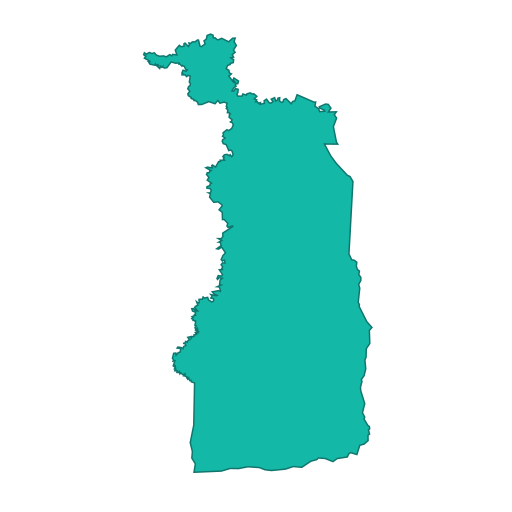 outline of Santuk, Kâmpóng Thum, Cambodia, rotated 93°
{"feature_id": "14789045B50738302536957", "entity_name": "Santuk", "entity_type": "district", "adm_level": 2, "iso_a3": "KHM", "parent_name": "Cambodia", "parent_adm1": "Kâmpóng Thum", "projection": "natural_earth1", "projection_center": [105.23, 12.591], "detail": "fine", "context": "isolated", "style": "filled", "palette": "teal", "viewbox_px": 512, "rotation_deg": 93, "n_neighbors": 0, "source": "geoboundaries", "source_scale": "gbopen_adm2", "svg_char_len": 6009}
<svg xmlns="http://www.w3.org/2000/svg" viewBox="0 0 512 512"><g transform="rotate(93 256 256)"><path d="M475.2,306.6L472.6,279.4L469.5,270.6L469.2,262.4L466.9,253.0L467.1,241.5L469.0,235.8L469.4,229.3L467.3,215.5L464.3,207.8L464.6,199.2L458.0,190.4L456.2,184.8L454.4,183.0L454.6,176.3L457.3,168.4L454.0,164.3L451.9,154.2L448.9,153.2L447.4,151.2L449.0,144.9L439.5,142.4L438.2,138.2L434.5,134.4L429.1,134.8L428.0,133.3L423.6,134.6L422.6,133.4L420.3,133.9L419.3,135.5L413.1,139.6L411.2,139.0L407.0,141.5L397.7,139.7L384.9,144.4L381.4,144.8L375.7,143.6L373.9,144.4L369.9,141.8L362.9,140.5L354.2,141.8L351.2,140.8L342.8,141.0L337.4,137.8L324.3,138.9L321.3,136.5L315.8,141.9L300.9,150.4L299.0,150.2L297.0,151.5L282.6,150.7L279.1,152.0L274.8,150.0L271.9,150.2L269.1,152.4L265.6,151.9L264.1,154.0L260.9,155.3L257.0,155.0L255.1,157.6L254.8,160.2L249.1,163.3L176.5,163.1L171.7,166.3L170.7,168.9L159.3,180.7L152.0,186.7L140.6,193.5L140.0,180.2L138.1,181.6L122.7,185.5L114.1,182.7L110.9,185.2L107.8,183.3L108.4,191.3L104.5,188.9L100.8,191.8L100.6,194.5L103.7,200.6L105.0,199.9L106.8,195.3L107.9,194.9L108.5,200.0L105.6,201.2L103.4,205.0L99.1,204.5L99.4,205.9L92.8,223.4L99.1,225.3L99.7,227.4L102.1,228.8L97.2,234.3L98.4,236.6L100.4,236.9L101.3,238.2L100.2,240.6L96.7,240.6L97.2,242.3L99.0,242.7L100.3,244.5L96.9,245.7L98.6,249.0L101.0,247.1L102.3,248.6L102.5,250.6L98.8,253.7L100.5,256.0L103.2,255.7L104.3,260.0L102.6,259.6L103.3,261.7L101.9,262.7L102.0,264.4L100.1,263.4L99.2,266.0L96.5,263.5L94.1,266.7L94.5,268.0L93.4,270.2L94.5,273.5L95.8,274.0L94.9,277.6L97.1,278.3L97.3,282.6L95.3,283.6L93.7,282.6L90.4,282.6L90.0,285.3L92.5,286.8L92.4,288.7L89.2,287.0L87.5,284.7L86.2,285.7L85.0,284.8L84.9,283.2L82.2,282.6L79.4,287.4L81.3,288.1L84.1,285.6L83.8,287.4L77.8,292.5L75.4,290.1L74.5,292.2L71.9,292.8L70.6,295.5L67.2,294.4L66.1,291.8L65.0,291.7L64.1,288.8L61.0,288.6L59.5,291.6L58.6,288.8L56.2,290.3L53.7,287.5L51.5,289.3L46.8,286.6L43.1,289.1L39.5,288.2L39.7,290.7L43.5,294.5L40.4,301.7L42.1,305.1L41.8,306.5L40.3,308.0L40.4,310.0L37.7,310.5L36.8,313.0L38.3,316.4L41.9,316.9L43.9,319.2L46.8,317.9L49.8,321.5L49.4,322.9L43.4,324.7L43.3,325.7L45.4,328.2L45.5,330.8L47.2,332.4L46.7,334.1L48.9,333.6L50.3,334.5L47.1,338.0L47.7,339.0L50.3,338.9L50.9,341.8L49.6,343.6L54.6,347.4L59.4,345.5L59.0,349.7L60.5,350.4L59.4,352.7L61.8,355.9L61.0,358.9L61.6,362.7L60.6,365.9L58.4,368.2L59.3,370.7L58.3,372.9L60.1,376.2L58.9,378.1L60.9,378.7L62.2,376.4L64.3,377.8L66.6,372.9L67.3,373.7L67.8,372.2L68.5,373.0L70.0,371.9L70.8,366.6L69.6,366.4L70.5,365.6L70.2,364.3L70.9,364.8L71.2,363.6L71.7,364.5L73.8,362.0L71.5,361.2L72.5,360.0L71.6,359.1L72.3,359.2L73.1,357.2L72.6,354.8L66.7,350.9L67.7,346.2L67.2,343.2L68.4,343.0L68.1,342.3L70.3,339.9L69.6,339.4L70.5,337.4L73.2,336.1L73.6,334.4L75.1,335.6L74.3,338.6L76.9,339.5L77.8,338.2L77.5,339.4L79.0,339.4L78.8,336.5L80.5,334.6L79.2,333.5L79.8,331.1L85.9,331.7L87.0,330.6L89.1,330.6L90.4,332.2L92.6,332.9L94.9,330.7L97.7,332.6L99.5,331.9L101.1,328.9L102.1,329.0L102.9,326.2L104.0,326.1L104.0,324.4L105.5,322.4L107.8,321.5L107.5,318.1L104.3,311.1L106.1,304.9L102.7,302.2L105.3,300.0L104.0,296.0L104.9,292.9L108.3,293.5L109.1,292.5L110.2,293.4L111.7,291.7L114.4,292.1L114.4,290.1L115.5,289.1L115.9,289.9L118.9,290.1L121.1,287.1L123.0,287.6L123.5,289.2L123.8,287.0L126.1,285.5L129.7,286.8L132.2,289.7L131.4,291.7L134.8,295.4L136.8,294.8L138.2,295.7L139.8,293.0L141.8,295.5L143.1,295.7L145.5,294.6L146.3,291.6L152.2,288.7L151.5,287.0L152.5,285.4L156.1,284.1L158.1,285.5L156.2,287.1L157.2,287.7L156.0,290.3L156.6,292.9L158.5,294.3L159.2,293.0L160.5,293.6L162.0,292.5L162.2,296.8L163.5,296.5L163.7,298.3L169.3,301.0L167.4,304.2L168.0,304.9L170.3,304.2L169.8,309.1L170.5,310.7L173.1,305.4L173.5,306.6L175.3,307.1L175.4,309.0L177.2,309.7L180.0,307.1L182.8,308.7L185.6,304.3L186.6,305.7L188.1,305.7L189.3,308.6L190.8,308.6L191.2,305.1L193.1,304.1L195.4,305.0L195.5,306.5L196.3,304.8L199.7,305.4L204.6,301.0L203.9,296.7L206.6,292.8L207.8,292.5L211.8,295.3L214.1,292.0L221.4,291.4L221.2,289.7L225.0,285.8L227.5,286.6L228.9,285.5L227.2,281.1L227.7,280.7L234.9,290.4L238.0,290.1L240.4,291.3L240.6,294.5L242.4,291.0L244.1,293.9L244.2,292.4L247.4,291.3L250.8,295.6L251.1,293.9L249.0,290.7L254.4,286.7L257.4,289.1L261.5,290.6L262.8,289.3L261.8,287.5L262.6,287.0L264.7,286.6L264.6,289.1L266.6,290.4L268.6,288.7L270.7,289.7L271.3,288.1L271.6,291.9L276.3,288.5L277.9,289.3L277.5,292.7L280.6,293.8L281.4,293.1L279.6,291.9L280.1,288.5L281.9,290.6L286.5,290.9L286.8,289.3L288.7,293.1L288.8,291.1L292.6,289.5L293.4,289.9L292.5,291.5L294.1,297.8L296.3,295.6L297.3,292.7L297.8,293.6L296.9,299.0L298.2,297.7L300.4,298.9L300.8,296.1L303.1,296.0L304.3,297.6L302.3,301.2L299.8,302.1L300.7,305.3L299.7,306.7L301.9,307.3L302.3,310.7L305.6,310.2L305.9,311.4L304.8,312.9L308.2,311.5L309.5,314.0L310.7,314.5L313.9,311.4L314.0,313.1L311.7,315.9L312.0,317.4L314.3,316.5L315.3,313.5L316.7,313.4L317.8,314.3L318.3,313.4L319.9,316.7L320.6,315.6L321.9,316.9L322.7,315.3L323.6,315.5L324.0,312.3L324.3,313.5L325.6,312.8L328.3,313.4L329.0,312.0L330.5,313.2L332.4,312.5L331.0,310.9L332.5,310.4L333.4,312.0L334.3,309.4L335.4,309.5L334.6,310.6L335.6,312.7L336.5,312.1L335.4,310.8L337.3,311.1L338.1,313.9L339.5,313.7L339.8,315.4L341.5,316.4L339.8,316.5L340.8,319.9L343.1,318.1L344.6,320.1L345.7,320.1L345.1,321.9L346.4,322.0L347.1,324.3L347.1,322.5L349.1,321.3L350.2,323.5L352.4,324.1L351.4,325.6L351.0,329.3L352.1,329.9L352.1,327.4L353.2,326.4L356.0,326.7L356.5,328.5L359.2,330.6L357.1,331.0L357.5,333.1L362.5,334.1L364.1,332.8L365.3,333.3L364.9,331.5L369.2,332.7L369.6,331.1L370.7,330.9L370.7,332.0L371.7,330.6L372.9,331.5L373.1,329.5L373.3,330.7L374.9,331.1L374.6,328.8L376.4,328.9L376.5,327.6L375.3,326.6L377.7,325.8L376.6,325.0L378.4,322.8L377.5,321.0L379.2,321.7L378.8,320.7L379.6,320.8L380.8,317.6L381.6,319.2L381.5,318.3L382.7,317.7L382.0,316.6L383.9,315.6L383.6,314.3L385.0,314.1L386.0,310.7L428.1,309.3L445.8,311.9L454.6,309.3L461.2,309.5L466.7,305.7L475.2,306.6Z" fill="#14b8a6" stroke="#0f766e" stroke-width="1.5"/></g></svg>